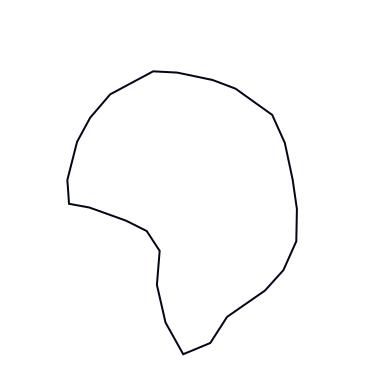 Mingachevir City, Mingəçevir, Azerbaijan, rotated 230°
{"feature_id": "54616110B16521863868797", "entity_name": "Mingachevir City", "entity_type": "district", "adm_level": 2, "iso_a3": "AZE", "parent_name": "Azerbaijan", "parent_adm1": "Mingəçevir", "projection": "natural_earth1", "projection_center": [47.024, 40.77], "detail": "fine", "context": "isolated", "style": "outline", "palette": "ink", "viewbox_px": 384, "rotation_deg": 230, "n_neighbors": 0, "source": "geoboundaries", "source_scale": "gbopen_adm2", "svg_char_len": 515}
<svg xmlns="http://www.w3.org/2000/svg" viewBox="0 0 384 384"><g transform="rotate(230 192 192)"><path d="M276.7,100.9L262.0,90.2L246.1,103.4L212.5,123.0L191.2,132.2L167.7,129.4L143.4,105.4L109.0,87.8L73.4,81.0L71.8,86.0L64.6,109.0L73.8,138.6L69.6,184.6L73.4,211.8L87.2,240.2L111.5,261.4L136.7,277.0L169.8,294.6L199.5,303.0L220.8,297.5L243.1,291.8L264.5,279.8L293.0,257.4L309.4,239.8L319.4,192.2L314.4,161.8L304.3,136.2L284.9,109.2L281.3,104.2L276.7,100.9Z" fill="none" stroke="#020617" stroke-width="2"/></g></svg>